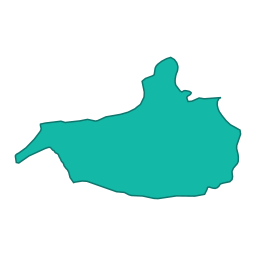 map outline of Nangarhar (Robinson projection)
{"feature_id": "AFG-1764", "entity_name": "Nangarhar", "entity_type": "Province", "adm_level": 1, "iso_a3": "AFG", "parent_name": "Afghanistan", "parent_adm1": "", "projection": "robinson", "projection_center": [70.357, 34.369], "detail": "fine", "context": "isolated", "style": "filled", "palette": "teal", "viewbox_px": 256, "rotation_deg": 0, "n_neighbors": 0, "source": "natural_earth", "source_scale": "10m", "svg_char_len": 1907}
<svg xmlns="http://www.w3.org/2000/svg" viewBox="0 0 256 256"><path d="M221.0,97.6L219.0,98.5L217.4,101.4L217.2,105.0L218.0,108.6L219.3,111.7L222.2,115.9L226.0,120.6L230.3,124.7L240.0,130.1L240.6,134.1L236.7,145.5L236.6,148.5L238.0,154.2L238.4,157.5L238.2,161.5L237.3,163.6L233.5,168.0L232.0,171.3L232.2,173.9L232.6,176.6L232.0,179.6L229.8,181.7L223.1,183.1L220.3,184.0L218.8,186.3L217.2,187.7L215.2,188.4L212.7,188.1L209.0,187.0L207.6,187.4L207.0,189.5L204.6,194.3L194.9,196.1L176.4,195.9L158.0,198.6L153.9,198.4L142.6,196.0L131.5,195.5L129.0,194.8L124.3,192.4L116.5,191.7L87.0,181.3L82.3,181.0L75.1,182.1L73.6,182.6L72.6,181.1L70.1,177.6L68.7,172.1L67.3,169.6L66.1,168.5L64.1,165.8L63.4,163.5L63.1,163.0L62.7,162.5L61.7,161.5L61.4,161.1L61.1,160.5L60.6,159.2L59.2,156.8L58.6,155.1L58.2,154.4L57.7,153.9L57.1,153.5L55.5,152.8L55.2,152.5L54.9,152.1L54.4,151.3L54.2,150.9L53.8,150.6L52.6,150.0L52.4,149.7L52.0,149.3L51.0,148.1L50.4,147.5L49.4,147.3L48.0,147.5L45.1,148.5L29.0,155.9L18.8,163.0L16.3,162.5L15.4,156.5L15.5,155.4L16.0,154.8L16.8,154.1L19.0,152.9L25.9,147.9L34.3,139.2L39.8,132.0L40.8,130.4L41.1,129.0L41.1,128.1L40.5,125.8L40.4,125.1L40.4,124.5L40.5,124.1L45.1,123.1L61.0,121.2L65.1,122.5L79.8,120.9L87.5,119.4L95.5,121.1L97.8,120.6L105.9,116.9L120.4,114.4L128.1,112.2L135.0,108.8L136.7,107.3L140.5,104.4L144.0,97.2L144.2,94.9L144.3,92.1L142.1,81.3L145.4,78.5L152.7,75.8L154.2,74.7L155.2,68.1L156.1,66.2L157.6,64.4L161.8,61.2L166.6,58.7L170.7,57.4L174.4,59.6L176.6,62.6L177.1,63.8L177.7,65.8L177.9,66.8L177.9,67.6L177.6,70.1L177.3,71.4L176.4,73.4L175.7,75.8L175.1,79.7L175.1,82.3L175.8,85.3L180.1,90.9L180.8,91.4L181.8,91.9L182.4,91.7L183.8,90.8L185.0,90.6L186.6,90.8L189.4,91.4L190.6,92.1L191.2,92.8L191.0,93.5L190.6,94.1L189.9,94.8L188.0,95.8L187.2,96.8L186.7,97.6L188.0,101.5L191.9,101.2L199.1,98.0L204.2,98.8L220.8,97.6L221.0,97.6Z" fill="#14b8a6" stroke="#0f766e" stroke-width="1.5"/></svg>